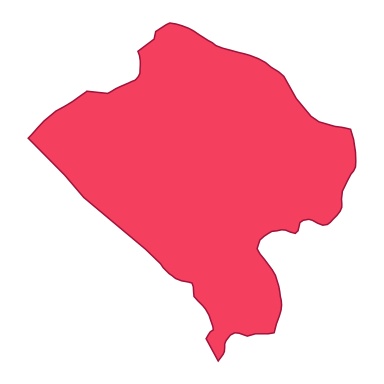 Simunjan, Sarawak, Malaysia
{"feature_id": "92858781B68418840965582", "entity_name": "Simunjan", "entity_type": "district", "adm_level": 2, "iso_a3": "MYS", "parent_name": "Malaysia", "parent_adm1": "Sarawak", "projection": "albers", "projection_center": [110.894, 1.279], "detail": "fine", "context": "isolated", "style": "filled", "palette": "rose", "viewbox_px": 384, "rotation_deg": 0, "n_neighbors": 0, "source": "geoboundaries", "source_scale": "gbopen_adm2", "svg_char_len": 1850}
<svg xmlns="http://www.w3.org/2000/svg" viewBox="0 0 384 384"><path d="M28.2,138.2L64.7,175.1L83.8,197.5L145.5,249.2L160.6,263.8L163.2,267.7L169.1,273.6L172.0,275.6L175.6,278.5L181.5,280.8L188.7,282.1L192.0,283.1L193.3,286.7L193.6,292.3L194.0,296.5L197.9,300.8L202.8,305.7L205.7,309.3L209.0,315.2L211.0,321.1L212.9,326.6L213.3,329.9L210.3,331.8L208.3,334.8L206.1,338.7L218.2,361.0L223.1,354.4L224.4,351.5L224.7,347.5L224.7,344.0L226.0,340.7L230.3,335.1L234.8,332.8L239.1,333.2L247.3,336.1L251.9,334.8L255.5,333.8L268.2,333.8L274.1,332.8L274.2,332.6L276.4,324.0L279.3,316.1L281.0,310.3L281.6,305.3L281.3,300.8L280.3,296.2L279.7,291.3L278.7,286.0L277.0,280.5L275.4,275.3L272.1,269.7L264.6,259.6L260.0,254.0L257.1,248.8L258.4,244.5L260.0,239.9L264.0,236.3L267.9,233.7L271.8,231.4L277.0,230.8L281.6,229.8L285.5,230.1L290.4,232.1L295.3,233.4L298.0,230.8L298.9,227.2L299.9,222.6L303.2,220.3L308.8,219.3L312.4,220.3L317.6,223.2L322.8,225.2L327.4,224.5L330.3,222.3L333.0,219.3L336.9,215.4L340.2,211.1L341.8,207.2L341.8,203.6L341.5,199.0L342.4,191.2L347.3,181.0L350.9,174.2L353.6,170.9L355.5,167.0L355.8,161.4L355.5,152.2L353.6,139.5L350.6,129.3L347.0,128.4L342.4,127.4L334.9,126.4L330.3,125.1L324.8,123.5L318.9,121.8L311.0,116.3L296.3,98.6L283.9,76.4L279.0,72.1L271.1,67.2L265.6,62.6L258.4,58.7L249.9,55.4L244.3,53.8L238.8,52.5L232.5,50.8L222.7,48.2L215.9,45.6L212.3,42.7L208.0,40.4L199.2,34.8L194.0,31.2L188.7,28.3L181.9,25.7L176.0,24.0L169.8,23.0L166.2,24.7L160.6,28.3L155.7,31.5L154.1,39.1L137.9,51.3L138.2,52.0L139.5,55.6L140.3,61.0L140.3,65.2L140.1,68.5L139.9,73.3L138.4,76.5L136.3,79.0L134.9,80.3L131.7,81.5L128.6,83.0L124.6,84.7L120.0,86.7L115.6,88.8L112.2,90.9L109.3,92.6L107.6,93.4L86.8,91.2L86.4,91.7L79.8,96.3L72.6,101.5L64.5,106.4L56.0,111.0L44.2,120.8L38.0,127.4L31.4,134.9L28.2,138.2Z" fill="#f43f5e" stroke="#9f1239" stroke-width="1.5"/></svg>